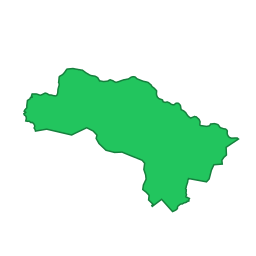 the district of Bla, Ségou, Mali, rotated 38°
{"feature_id": "8926073B53903332689390", "entity_name": "Bla", "entity_type": "district", "adm_level": 2, "iso_a3": "MLI", "parent_name": "Mali", "parent_adm1": "Ségou", "projection": "mercator", "projection_center": [-5.818, 12.918], "detail": "fine", "context": "isolated", "style": "filled", "palette": "green", "viewbox_px": 256, "rotation_deg": 38, "n_neighbors": 0, "source": "geoboundaries", "source_scale": "gbopen_adm2", "svg_char_len": 3885}
<svg xmlns="http://www.w3.org/2000/svg" viewBox="0 0 256 256"><g transform="rotate(38 128 128)"><path d="M57.0,187.4L64.6,179.0L87.9,168.2L89.4,165.0L95.3,153.2L102.4,151.8L107.9,152.7L109.3,155.8L114.7,158.1L124.3,159.1L132.5,155.5L138.2,150.6L139.5,150.3L146.6,148.3L159.0,144.7L162.8,145.5L166.0,150.9L170.8,154.1L173.8,157.2L175.2,163.4L177.5,167.4L181.9,167.4L186.1,168.1L188.5,172.0L194.5,172.7L194.5,174.5L195.4,174.8L198.4,163.5L213.8,166.3L214.6,166.4L214.8,166.0L215.7,164.3L216.5,162.2L216.4,160.8L215.7,159.9L215.4,159.1L216.1,156.0L216.7,155.0L217.5,154.5L218.3,152.4L219.0,151.7L219.9,150.2L219.7,149.4L220.4,148.7L220.9,148.1L220.0,146.8L219.8,145.7L219.3,145.8L218.5,146.1L217.6,146.1L217.1,146.5L216.8,146.6L216.6,146.7L215.8,146.4L215.2,144.5L213.5,143.5L213.3,142.7L211.8,140.6L210.7,140.4L210.4,139.0L209.9,138.3L209.0,135.8L208.3,133.9L207.2,132.1L207.0,131.4L207.3,131.0L206.9,130.5L223.0,122.1L223.3,118.2L219.7,109.9L218.3,104.1L224.5,98.4L221.8,95.6L221.6,92.1L222.2,88.7L217.2,82.8L218.8,77.8L221.8,68.7L221.3,68.7L220.3,68.6L219.5,69.2L219.2,69.4L215.8,72.3L214.6,72.7L213.6,73.0L211.8,72.6L210.6,72.1L209.2,70.9L208.4,69.6L207.6,68.9L206.7,68.8L206.4,68.8L205.6,68.7L204.7,69.2L204.0,69.6L203.6,69.8L203.4,69.9L202.4,70.2L201.9,70.4L201.5,70.6L199.7,70.9L199.3,70.6L198.6,70.4L197.2,70.0L196.9,70.0L196.7,70.0L195.1,70.6L194.9,70.6L194.0,71.1L193.7,71.2L193.3,71.4L192.9,71.8L192.1,72.6L191.1,73.6L190.6,74.0L190.8,74.6L190.9,74.9L190.6,76.5L188.9,78.4L185.2,80.5L184.2,81.1L183.9,81.3L183.2,81.5L182.2,80.8L181.5,79.5L180.8,78.6L178.7,77.5L178.2,77.5L178.0,77.4L177.0,77.4L175.2,77.2L174.9,77.2L173.7,77.9L173.4,77.9L173.2,78.3L173.0,78.6L172.3,79.8L171.2,81.6L170.5,81.6L169.2,81.7L168.0,81.6L167.4,81.5L165.4,80.9L163.9,80.3L162.3,80.3L161.8,80.2L161.0,80.3L158.6,80.8L156.5,79.0L156.0,78.4L155.8,78.3L155.5,78.1L155.1,77.9L154.9,77.8L153.0,77.5L152.8,77.5L152.5,77.5L151.8,77.9L151.6,78.0L151.3,78.3L151.0,78.5L150.4,79.3L150.1,81.1L149.5,81.8L148.7,82.2L147.4,82.7L146.9,82.7L145.2,82.7L142.9,83.3L142.4,83.9L141.6,84.9L139.7,85.7L139.1,85.5L138.7,85.3L138.3,84.8L137.6,84.7L137.0,84.9L136.1,85.2L134.4,85.8L132.3,85.6L130.6,84.7L129.4,83.6L127.7,81.1L126.2,80.8L124.1,80.5L121.3,80.6L120.0,79.9L115.9,79.7L114.3,80.3L114.1,80.4L111.2,81.8L108.9,82.5L106.2,83.3L105.1,83.6L104.7,83.7L102.4,83.4L101.0,84.0L100.8,84.2L99.8,85.1L99.1,86.2L98.2,89.0L96.9,90.5L95.9,91.7L95.1,92.5L93.9,94.3L93.7,94.6L92.7,96.2L92.1,97.2L90.4,99.5L89.5,99.7L89.4,99.7L88.7,99.9L88.2,100.0L87.1,100.0L84.9,100.8L84.6,100.9L84.2,101.0L83.4,102.7L83.3,103.4L80.2,106.4L78.5,107.3L77.3,107.9L76.6,108.4L76.1,108.0L75.6,108.0L75.2,107.9L73.2,107.0L72.3,107.1L71.5,107.2L70.0,107.5L69.0,108.1L66.8,109.3L66.3,109.5L65.7,109.7L65.1,109.9L64.1,110.0L63.7,110.0L61.0,110.4L56.5,110.5L56.0,110.7L55.3,111.3L54.0,111.8L53.5,112.2L53.3,112.4L52.6,112.6L51.9,113.0L49.5,114.3L49.0,114.5L48.5,114.7L48.3,115.0L48.0,115.2L47.8,115.2L43.7,119.1L43.6,120.3L43.7,121.7L43.8,123.2L43.7,125.0L43.6,126.1L42.8,128.2L42.3,129.4L42.3,129.6L42.3,129.8L42.4,130.3L42.5,130.4L45.1,134.4L45.1,134.7L46.5,135.5L46.8,135.8L47.7,137.3L47.9,138.0L49.0,140.6L49.6,141.5L50.9,143.4L51.5,144.8L51.7,145.5L51.6,146.7L50.9,147.6L50.4,147.8L49.9,148.0L49.6,148.3L47.3,149.2L47.0,149.4L45.9,150.2L45.8,150.3L45.6,150.5L45.1,150.5L42.8,150.8L41.2,151.5L39.5,155.0L38.7,156.2L37.7,156.6L36.7,156.9L35.0,157.5L31.5,160.2L31.5,160.4L31.7,160.7L31.9,161.4L32.3,162.3L32.7,162.1L32.9,162.1L33.5,162.8L33.0,163.4L32.4,164.0L32.8,165.4L31.8,168.2L32.4,169.2L34.5,172.7L35.8,174.3L35.6,177.1L35.7,178.0L35.9,178.8L36.8,178.8L37.4,178.5L37.8,178.6L37.7,179.5L37.4,180.1L37.1,180.8L37.5,181.1L38.1,181.5L39.8,181.5L40.7,181.8L42.1,183.2L43.1,185.4L44.9,184.5L46.0,183.5L48.3,183.5L49.1,182.5L51.2,182.7L52.7,183.4L53.6,184.2L54.0,185.8L55.7,186.4L57.0,187.4Z" fill="#22c55e" stroke="#15803d" stroke-width="1.5"/></g></svg>